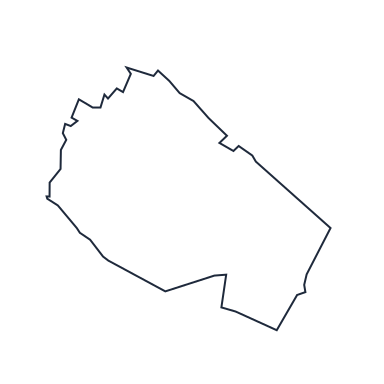 Williamson, Tennessee, United States of America, rotated 200°
{"feature_id": "52423323B14548385416818", "entity_name": "Williamson", "entity_type": "district", "adm_level": 2, "iso_a3": "USA", "parent_name": "United States of America", "parent_adm1": "Tennessee", "projection": "orthographic", "projection_center": [-86.823, 35.875], "detail": "fine", "context": "isolated", "style": "outline", "palette": "slate", "viewbox_px": 384, "rotation_deg": 200, "n_neighbors": 0, "source": "geoboundaries", "source_scale": "gbopen_adm2", "svg_char_len": 766}
<svg xmlns="http://www.w3.org/2000/svg" viewBox="0 0 384 384"><g transform="rotate(200 192 192)"><path d="M54.8,143.1L56.1,153.8L49.5,205.5L142.4,242.4L147.8,246.9L163.9,251.2L167.1,244.7L183.0,247.5L178.4,256.8L201.8,267.2L221.7,278.0L237.4,280.7L251.3,288.6L265.5,294.5L267.8,287.9L296.0,286.6L289.9,282.1L291.0,262.3L298.1,263.6L302.9,251.1L307.6,253.6L306.9,240.1L314.2,237.4L330.0,240.4L330.6,220.7L324.0,219.6L328.5,212.5L334.5,212.6L333.5,203.1L328.0,198.0L329.6,186.7L323.4,168.7L329.0,152.2L324.3,139.0L327.1,138.1L325.7,136.2L313.5,133.5L287.9,118.7L283.4,115.3L271.4,112.3L253.5,100.9L247.1,98.9L183.1,89.5L142.4,121.1L131.6,126.0L124.9,93.6L110.2,94.6L65.1,91.1L58.0,131.2L51.2,136.7L54.8,143.1Z" fill="none" stroke="#1e293b" stroke-width="2"/></g></svg>